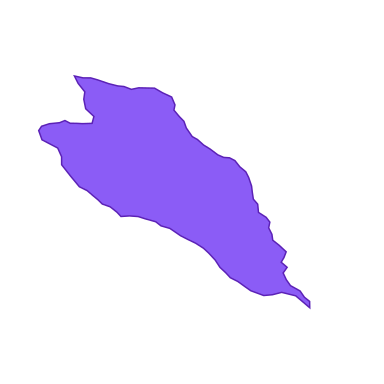 the district of Parisi, São Paulo, Brazil, rotated 127°
{"feature_id": "56859067B23293504570828", "entity_name": "Parisi", "entity_type": "district", "adm_level": 2, "iso_a3": "BRA", "parent_name": "Brazil", "parent_adm1": "São Paulo", "projection": "equal_earth", "projection_center": [-50.037, -20.26], "detail": "fine", "context": "isolated", "style": "filled", "palette": "violet", "viewbox_px": 384, "rotation_deg": 127, "n_neighbors": 0, "source": "geoboundaries", "source_scale": "gbopen_adm2", "svg_char_len": 1363}
<svg xmlns="http://www.w3.org/2000/svg" viewBox="0 0 384 384"><g transform="rotate(127 192 192)"><path d="M213.6,28.3L208.6,32.2L208.4,38.9L206.0,46.1L207.5,57.0L205.3,63.9L201.8,70.5L194.9,70.7L194.4,78.5L189.0,79.1L183.1,80.8L182.1,90.3L181.9,98.5L177.7,102.7L174.5,109.2L169.2,111.7L167.6,117.6L168.3,126.6L162.2,132.2L160.8,138.7L155.9,143.7L151.4,148.0L146.3,155.5L143.5,161.2L143.1,169.0L141.1,176.6L142.1,182.6L145.3,187.5L146.8,193.8L146.8,203.5L147.5,211.0L146.8,219.1L147.6,225.2L144.3,235.1L140.4,241.0L139.4,247.5L137.5,255.7L132.7,258.0L128.4,265.4L130.5,275.3L131.6,284.4L140.9,297.3L146.5,302.2L148.7,309.8L152.0,315.2L155.6,323.7L159.3,335.0L161.8,341.5L166.4,347.7L170.1,355.7L173.8,348.3L176.5,337.9L183.1,334.2L189.5,327.0L190.7,315.8L197.3,313.1L203.4,320.7L206.7,325.6L210.4,330.6L211.4,336.5L216.4,339.5L223.3,347.0L230.0,351.7L235.2,351.4L240.6,343.2L239.1,334.2L237.7,325.7L242.3,317.4L248.7,312.5L252.3,298.9L255.6,285.1L254.0,276.5L254.5,269.0L254.8,262.4L255.6,256.4L253.1,248.5L253.3,239.9L254.3,234.0L248.7,227.5L244.0,220.2L241.6,213.3L237.6,203.1L237.7,196.4L234.4,187.8L233.8,174.7L232.4,166.8L230.7,158.2L230.0,149.0L230.7,142.1L232.4,132.5L235.4,124.2L236.2,116.4L237.4,109.8L235.9,101.6L235.7,92.2L235.5,85.7L231.5,72.4L225.6,65.9L218.2,60.0L212.5,46.7L213.6,28.3Z" fill="#8b5cf6" stroke="#5b21b6" stroke-width="1.5"/></g></svg>